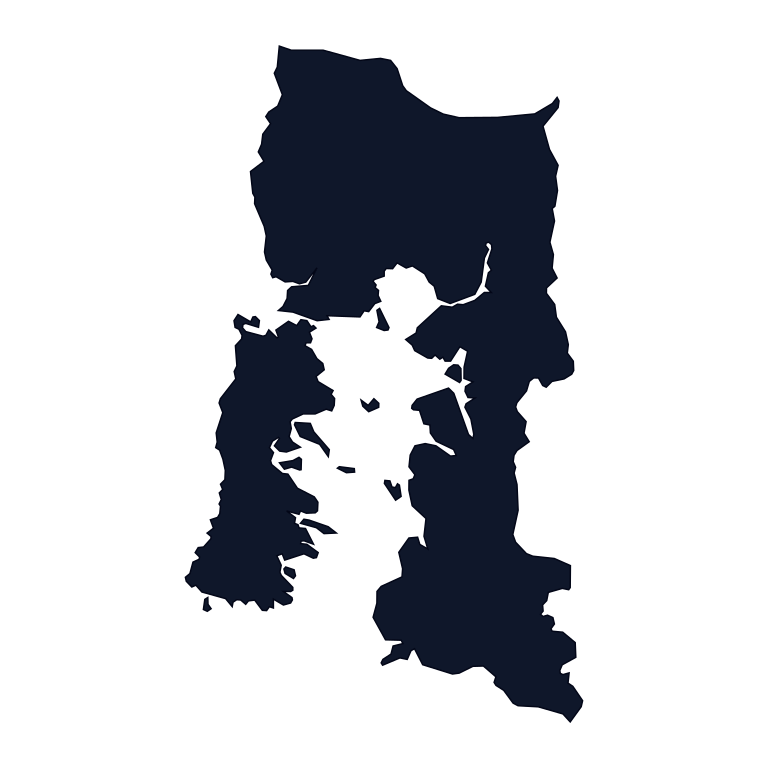 SVG path tracing the border of Los Lagos
{"feature_id": "CHL-2704", "entity_name": "Los Lagos", "entity_type": "Region", "adm_level": 1, "iso_a3": "CHL", "parent_name": "Chile", "parent_adm1": "", "projection": "robinson", "projection_center": [-73.115, -42.159], "detail": "fine", "context": "isolated", "style": "filled", "palette": "ink", "viewbox_px": 768, "rotation_deg": 0, "n_neighbors": 0, "source": "natural_earth", "source_scale": "10m", "svg_char_len": 6130}
<svg xmlns="http://www.w3.org/2000/svg" viewBox="0 0 768 768"><path d="M567.3,353.1L573.3,361.2L573.7,370.5L571.7,374.2L564.1,378.9L552.0,381.4L546.2,387.2L542.7,385.5L538.5,378.0L533.7,377.9L529.3,381.4L526.5,390.9L516.9,402.7L515.6,407.0L517.3,411.6L526.1,421.6L524.0,433.2L529.2,441.7L517.0,450.5L514.0,455.3L513.2,461.7L515.6,467.3L514.1,473.0L517.0,484.5L518.1,510.3L512.8,534.5L515.6,542.2L526.4,553.6L532.8,556.2L554.3,558.5L570.4,565.6L570.2,587.6L568.7,589.7L562.3,588.4L548.3,592.4L546.7,600.6L542.6,604.9L543.1,611.1L540.5,614.2L543.0,616.5L547.5,615.2L552.9,617.6L554.4,624.0L551.0,628.7L552.1,631.2L562.7,632.2L575.2,642.6L575.8,657.3L562.2,664.8L559.8,670.5L560.3,673.4L563.0,674.6L569.1,672.9L568.0,683.1L572.8,686.3L582.6,700.7L581.2,706.7L570.2,721.9L562.9,713.9L538.2,706.8L518.0,705.7L513.1,703.1L503.7,690.3L496.0,685.4L494.1,682.4L495.9,676.8L483.4,666.0L472.9,666.3L459.2,673.1L452.5,674.0L422.7,664.7L414.5,648.7L411.0,650.7L407.2,659.4L399.9,657.9L382.6,665.2L381.2,662.9L382.9,659.4L391.0,654.1L393.1,646.0L402.9,643.6L401.2,640.2L385.5,639.8L373.1,617.3L376.9,603.2L377.0,591.4L381.2,586.4L402.0,576.9L402.6,568.7L398.8,552.3L408.9,538.0L417.6,537.2L419.8,544.4L427.8,549.0L424.0,536.3L426.0,518.5L412.2,505.7L408.9,490.1L409.0,480.3L413.2,478.8L414.9,474.7L409.0,466.8L410.2,455.1L415.0,445.8L425.2,443.6L435.9,445.8L450.5,456.1L456.3,455.5L453.6,449.5L436.1,441.2L430.4,433.0L429.9,425.0L423.9,423.8L419.5,410.3L413.5,409.8L411.7,408.3L412.1,405.4L417.1,399.1L448.5,388.1L453.8,393.3L468.5,434.5L472.9,438.5L473.8,434.3L470.9,419.0L464.9,407.2L466.1,403.8L475.0,398.0L468.0,397.5L465.0,391.2L465.6,386.6L473.0,381.9L464.0,378.4L464.1,367.1L467.6,351.2L459.9,346.7L450.6,361.1L445.1,361.1L442.9,357.2L439.8,359.2L435.1,355.0L431.7,358.3L427.7,358.0L414.7,350.6L412.2,345.1L405.7,339.5L416.1,333.0L417.3,327.8L441.3,305.8L452.3,307.2L457.5,304.2L463.2,304.7L474.8,300.4L484.3,292.5L491.3,292.5L485.4,286.2L488.4,272.8L491.4,270.2L487.4,262.9L491.9,248.9L491.5,244.6L488.8,242.2L486.2,242.9L485.5,245.6L488.5,249.4L484.4,258.0L481.2,282.1L474.8,294.3L450.2,303.5L437.7,298.6L434.2,286.2L429.2,282.1L424.7,273.8L412.4,265.9L406.2,268.0L397.1,262.9L392.6,268.7L386.2,268.5L384.2,271.2L384.2,276.1L374.2,279.6L373.1,281.4L376.1,285.0L375.1,287.5L378.5,290.4L378.1,295.5L380.8,301.3L374.8,303.6L368.7,311.6L364.1,310.8L360.0,316.9L327.0,315.7L329.1,319.4L317.1,320.7L293.0,312.1L278.4,310.5L283.0,306.5L287.1,298.5L287.6,290.5L291.6,286.8L308.3,285.4L317.0,267.8L305.8,282.1L299.5,283.8L292.9,281.4L285.1,281.9L276.1,276.7L272.7,277.7L270.9,274.1L272.2,270.1L266.3,260.0L264.5,252.0L266.3,236.0L264.2,226.3L254.6,203.7L254.9,197.1L252.8,193.3L250.5,171.5L264.0,161.3L258.3,151.9L261.6,144.2L262.8,134.2L270.6,123.7L265.8,116.6L268.8,112.0L277.7,106.1L282.4,94.7L274.3,73.2L277.3,67.1L279.3,46.1L291.2,50.2L323.1,50.2L360.1,60.4L380.5,58.4L390.6,60.4L397.1,68.6L402.7,85.7L406.3,90.7L430.6,107.9L443.3,114.1L459.1,117.7L497.7,117.4L534.8,113.9L552.4,103.5L557.1,97.4L559.0,101.0L558.1,107.6L543.0,126.2L549.5,149.5L558.1,165.3L555.6,176.2L557.5,190.5L554.9,206.2L552.2,208.5L554.5,221.0L549.9,242.2L553.4,254.6L552.1,268.2L557.1,278.0L546.5,287.9L546.4,293.3L554.7,304.5L556.4,317.2L565.5,331.8L568.3,344.6L567.3,353.1ZM195.9,585.2L191.8,587.0L186.3,581.3L185.4,577.3L189.9,573.6L193.0,562.1L199.1,559.3L199.6,557.0L195.2,552.6L198.2,547.6L203.6,547.0L210.9,538.8L211.1,536.5L207.1,533.1L213.5,528.2L210.4,519.8L217.6,517.4L219.8,513.6L220.5,506.1L219.1,504.0L221.3,499.6L219.3,492.9L222.7,489.5L220.5,484.2L224.9,479.7L225.3,470.4L222.9,459.1L219.6,450.1L215.7,447.6L217.2,442.1L216.2,432.9L222.8,412.6L219.1,403.0L220.4,398.7L235.8,378.9L234.2,371.5L236.9,365.9L235.4,345.7L241.6,339.0L242.1,335.4L238.9,329.2L235.1,327.4L234.0,320.7L238.0,314.5L250.7,321.9L252.9,317.0L255.4,316.6L259.4,320.6L258.5,327.3L245.8,323.4L243.0,324.4L242.5,327.8L245.8,331.6L263.0,336.2L265.9,335.3L268.8,329.9L277.0,337.9L278.4,336.9L275.9,330.1L288.5,321.3L296.7,325.6L300.9,319.7L306.9,320.6L311.0,326.8L313.5,325.6L316.0,328.1L309.4,332.2L312.0,338.8L310.5,342.8L306.1,342.8L305.0,345.7L311.6,349.4L316.9,358.6L322.8,363.5L324.2,369.8L316.1,376.4L318.1,381.6L333.1,390.6L331.1,394.3L334.6,398.5L334.2,405.4L331.7,410.9L326.2,409.2L315.2,413.9L303.2,413.9L292.3,419.0L290.1,421.8L291.3,428.6L289.1,436.6L292.5,442.0L300.4,447.2L286.4,452.0L279.7,451.1L274.4,445.8L279.4,438.5L278.4,437.4L272.5,441.1L269.4,447.7L273.5,452.6L270.5,460.6L271.7,464.6L282.4,473.5L287.9,474.1L297.4,488.2L314.3,496.9L317.9,502.2L317.5,510.8L315.3,512.8L306.3,513.2L300.5,510.9L299.0,514.3L286.5,510.9L295.5,517.7L294.5,523.3L298.0,524.7L299.1,527.9L305.5,528.5L313.5,544.2L304.1,540.8L301.0,541.1L300.6,543.6L306.9,544.3L318.2,552.6L316.4,557.6L313.3,558.2L304.0,553.8L284.7,560.1L282.2,553.8L276.8,555.8L281.2,565.2L279.9,572.2L281.3,575.4L292.8,587.4L292.8,590.2L290.7,591.5L283.3,591.4L292.0,597.6L292.4,599.9L290.6,603.0L283.4,605.0L273.4,599.1L273.4,608.0L269.4,606.7L266.6,610.6L262.3,610.3L254.7,600.1L248.4,600.9L245.7,604.3L240.7,600.0L236.7,599.7L233.0,602.2L232.2,606.6L225.6,598.6L201.9,592.0L195.9,585.2ZM329.3,449.7L328.3,456.6L319.6,444.3L300.2,436.5L294.5,424.8L295.2,422.5L310.3,423.4L313.8,431.8L329.3,449.7ZM459.6,382.5L445.1,374.1L448.6,368.3L453.6,364.8L458.0,365.1L460.9,368.6L461.1,380.4L459.6,382.5ZM300.5,523.3L303.9,519.2L309.1,520.1L328.2,526.7L336.3,533.0L324.0,533.6L316.4,527.7L300.5,523.3ZM301.4,459.3L301.1,469.7L299.7,470.0L291.6,467.1L284.4,469.2L279.5,462.8L292.9,460.6L299.0,457.3L301.4,459.3ZM376.6,327.5L379.1,321.8L376.9,310.3L379.6,308.4L389.0,327.6L388.0,330.0L384.1,330.5L376.6,327.5ZM384.9,480.4L389.9,480.9L392.0,487.0L395.4,487.6L397.5,483.8L399.4,485.1L401.1,496.4L395.6,500.2L384.4,483.4L384.9,480.4ZM373.9,398.7L378.8,403.3L378.7,407.3L368.7,411.7L362.8,406.2L361.1,400.1L368.2,405.4L373.9,398.7ZM285.7,567.0L294.1,569.8L295.5,575.8L293.5,578.5L285.1,573.4L283.9,569.0L285.7,567.0ZM339.3,466.7L354.3,468.6L354.6,472.1L346.4,472.7L337.4,468.2L339.3,466.7ZM207.8,597.5L208.0,604.3L211.1,608.7L207.3,611.3L203.4,609.5L204.8,599.4L207.8,597.5Z" fill="#0f172a" stroke="#020617" stroke-width="1.5"/></svg>